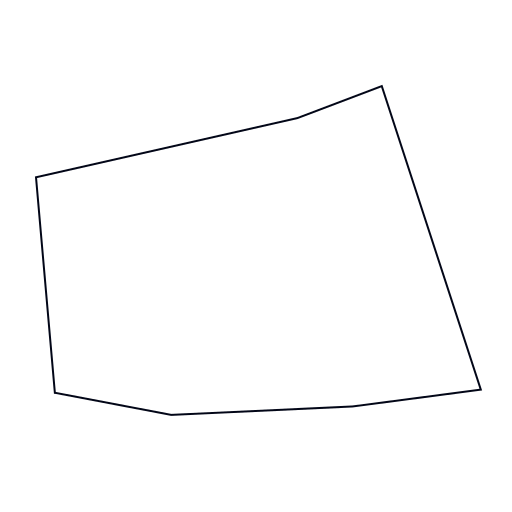 outline of 22, Ad Dawhah, Qatar, rotated 265°
{"feature_id": "91078587B26591597392685", "entity_name": "22", "entity_type": "district", "adm_level": 2, "iso_a3": "QAT", "parent_name": "Qatar", "parent_adm1": "Ad Dawhah", "projection": "equal_earth", "projection_center": [51.508, 25.289], "detail": "fine", "context": "isolated", "style": "outline", "palette": "ink", "viewbox_px": 512, "rotation_deg": 265, "n_neighbors": 0, "source": "geoboundaries", "source_scale": "gbopen_adm2", "svg_char_len": 281}
<svg xmlns="http://www.w3.org/2000/svg" viewBox="0 0 512 512"><g transform="rotate(265 256 256)"><path d="M414.3,396.1L389.8,309.3L353.6,43.7L142.4,43.7L137.2,43.7L137.0,44.7L105.1,157.7L97.7,339.1L103.3,468.3L414.3,396.1Z" fill="none" stroke="#020617" stroke-width="2"/></g></svg>